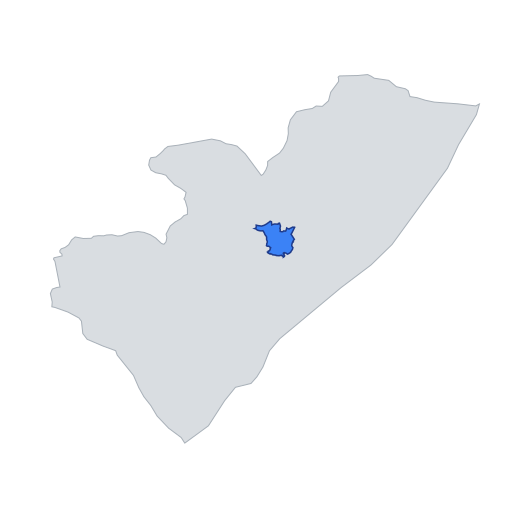 Doedain, River Cess, Liberia (highlighted), rotated 278°
{"feature_id": "62588387B34334652858528", "entity_name": "Doedain", "entity_type": "district", "adm_level": 2, "iso_a3": "LBR", "parent_name": "Liberia", "parent_adm1": "River Cess", "projection": "orthographic", "projection_center": [-9.275, 6.287], "detail": "fine", "context": "in_parent", "style": "filled", "palette": "blue", "viewbox_px": 512, "rotation_deg": 278, "n_neighbors": 0, "source": "geoboundaries", "source_scale": "gbopen_adm2", "svg_char_len": 4759}
<svg xmlns="http://www.w3.org/2000/svg" viewBox="0 0 512 512"><g transform="rotate(278 256 256)"><path d="M60.8,211.5L65.8,207.2L73.3,193.5L83.7,180.4L93.3,172.6L101.0,164.6L109.1,158.4L120.7,151.3L138.5,132.4L142.7,130.2L145.5,117.1L150.0,100.4L155.1,95.3L167.2,92.2L170.0,89.3L174.3,77.6L177.1,63.9L177.3,60.9L182.1,60.6L190.2,57.6L194.9,58.9L197.0,62.9L198.0,66.2L222.6,57.7L224.8,55.9L226.1,56.2L229.1,64.0L230.9,63.5L232.4,61.3L234.0,61.0L236.0,62.1L237.9,65.7L241.0,68.9L246.3,71.2L249.7,74.3L249.3,82.5L250.6,90.5L252.9,92.4L254.2,97.1L254.8,102.4L256.0,105.1L257.0,110.4L256.5,116.1L257.4,120.1L261.4,127.0L263.8,135.7L263.8,141.8L262.4,148.3L259.8,154.2L255.2,160.7L254.8,163.2L257.5,164.9L261.7,165.2L265.1,163.9L273.8,166.9L278.4,171.1L282.4,176.4L286.0,179.0L287.7,182.3L293.9,181.4L301.0,178.2L302.5,176.7L304.7,177.5L309.3,177.9L312.5,172.1L315.1,165.5L320.7,158.3L323.4,155.6L324.2,151.0L324.5,145.1L326.5,140.0L331.1,137.1L336.0,137.2L338.7,138.2L340.1,143.2L344.1,146.9L347.5,149.5L349.3,150.6L352.2,153.5L354.9,163.5L365.6,195.8L365.1,204.7L363.0,210.6L362.9,216.3L362.2,221.9L355.7,231.1L336.5,250.0L338.0,251.7L342.6,253.8L347.3,254.9L351.2,254.4L356.0,259.1L361.2,265.0L366.6,268.1L374.6,270.7L381.5,271.0L387.4,270.0L395.7,271.1L404.5,276.0L407.7,284.1L409.9,291.2L412.9,294.7L413.4,300.8L419.7,306.2L428.6,307.2L440.3,313.5L443.2,313.1L444.5,312.4L445.9,313.5L448.9,331.7L451.2,341.3L450.0,345.2L448.5,348.3L448.4,363.0L443.2,371.4L442.4,380.6L440.9,383.6L435.3,386.3L435.2,393.4L433.8,402.0L433.2,411.1L434.8,434.9L435.2,452.7L437.7,456.1L426.7,454.6L394.5,441.1L369.6,433.4L286.3,389.1L263.2,371.2L236.6,344.7L177.5,291.1L164.0,282.5L147.0,278.3L136.5,273.7L129.1,268.8L123.1,253.9L108.4,245.1L81.2,232.5L60.8,211.5Z" fill="#d9dde1" stroke="#a8b0b8" stroke-width="1"/><path d="M277.9,291.6L279.9,289.9L281.4,288.6L282.4,287.7L284.3,288.5L285.6,288.9L289.8,290.3L289.9,289.9L289.8,289.4L289.7,289.2L289.7,288.2L289.5,287.9L289.0,287.4L288.3,286.2L288.2,286.0L287.6,285.3L287.5,285.1L287.4,285.1L287.3,284.8L287.3,284.7L287.8,283.0L288.0,282.5L286.9,282.4L285.7,282.2L284.8,281.9L284.7,280.8L284.7,280.5L284.7,280.4L284.6,279.7L284.4,279.6L283.9,279.3L283.7,278.8L283.6,278.0L283.6,277.9L283.7,276.9L283.7,276.5L286.0,276.3L286.1,276.2L286.4,275.8L287.3,275.9L288.9,276.1L289.0,276.1L289.6,275.8L291.8,274.7L291.4,273.6L290.5,273.4L290.5,272.5L290.4,271.2L290.2,269.7L289.3,267.7L289.0,267.3L292.1,266.5L292.4,265.2L291.6,264.6L291.3,264.2L290.8,263.7L289.9,262.7L289.7,262.5L289.5,262.4L287.6,259.9L287.5,259.7L286.4,257.3L286.4,256.5L286.4,254.2L286.4,253.6L286.6,251.9L285.8,252.0L285.3,252.1L284.8,252.3L283.9,252.0L283.6,251.8L283.4,251.7L283.1,251.1L283.0,250.9L282.9,251.6L282.8,252.1L282.5,252.6L282.2,253.0L281.9,253.8L281.8,254.1L281.7,254.3L281.6,255.3L281.5,256.4L281.6,257.5L281.6,257.8L281.7,258.0L281.8,258.5L281.9,258.8L282.0,259.3L281.6,259.6L281.0,260.2L280.4,260.7L279.9,261.1L279.1,261.5L278.5,261.9L278.0,262.3L277.6,262.7L277.1,263.3L276.4,263.8L276.1,263.8L275.9,263.9L275.5,264.0L274.4,264.1L273.5,264.3L272.9,264.7L272.5,264.9L272.1,265.1L271.8,265.2L271.2,265.2L270.6,265.2L270.1,265.1L269.6,264.9L269.1,265.0L268.5,265.0L268.2,265.0L267.8,264.9L267.7,264.9L267.6,265.0L267.4,265.4L267.3,265.8L267.3,266.0L267.3,266.5L267.5,267.2L267.4,267.5L267.2,267.8L267.0,268.0L266.7,268.5L266.4,269.3L266.1,269.2L265.9,269.3L265.7,269.2L265.3,269.0L264.8,269.0L264.6,269.1L264.4,269.1L264.1,269.1L263.8,268.8L263.4,268.6L263.2,268.4L263.0,268.5L262.9,268.4L262.9,268.1L262.5,267.5L262.3,267.6L262.2,267.5L262.2,267.3L261.9,267.2L261.7,267.3L261.4,267.5L261.2,267.3L261.2,267.1L261.2,266.9L261.0,267.0L261.0,267.3L260.8,267.5L260.3,268.5L260.2,268.9L260.1,269.1L260.0,269.3L260.2,269.5L260.0,269.8L260.3,270.0L260.1,270.9L260.1,271.1L260.0,271.5L259.9,271.6L259.5,272.2L259.5,272.7L259.6,272.9L259.5,273.1L259.5,273.5L259.6,273.9L259.5,274.6L259.6,275.1L259.6,275.5L259.5,275.8L259.3,275.9L259.3,276.0L259.3,276.3L259.4,276.6L259.3,276.8L259.4,277.4L259.4,277.7L259.5,277.9L259.4,278.3L259.5,278.9L259.6,279.1L259.7,279.6L259.9,279.7L259.9,280.0L260.0,280.3L260.1,280.5L260.2,280.8L260.3,281.1L260.2,281.6L260.2,281.8L260.0,282.0L259.6,282.1L259.7,282.3L259.7,282.7L259.4,283.1L259.1,283.2L258.9,283.3L258.7,283.3L259.2,283.9L259.9,284.3L260.3,284.3L260.8,283.8L261.3,283.4L261.9,283.5L262.1,282.7L262.7,282.7L263.3,283.4L263.2,283.6L263.1,284.6L263.1,285.1L262.2,286.9L262.6,287.5L262.9,288.0L263.3,288.5L263.9,289.2L264.9,290.0L265.3,290.0L266.5,290.6L266.9,290.8L267.4,291.1L267.7,291.2L268.9,291.3L269.4,291.4L270.0,290.8L271.0,290.0L271.4,289.9L271.6,289.9L272.7,289.9L274.0,290.1L274.5,290.4L275.0,290.8L275.1,290.4L275.8,290.6L277.8,291.5L277.9,291.6Z" fill="#3b82f6" stroke="#1e3a8a" stroke-width="1.5"/></g></svg>